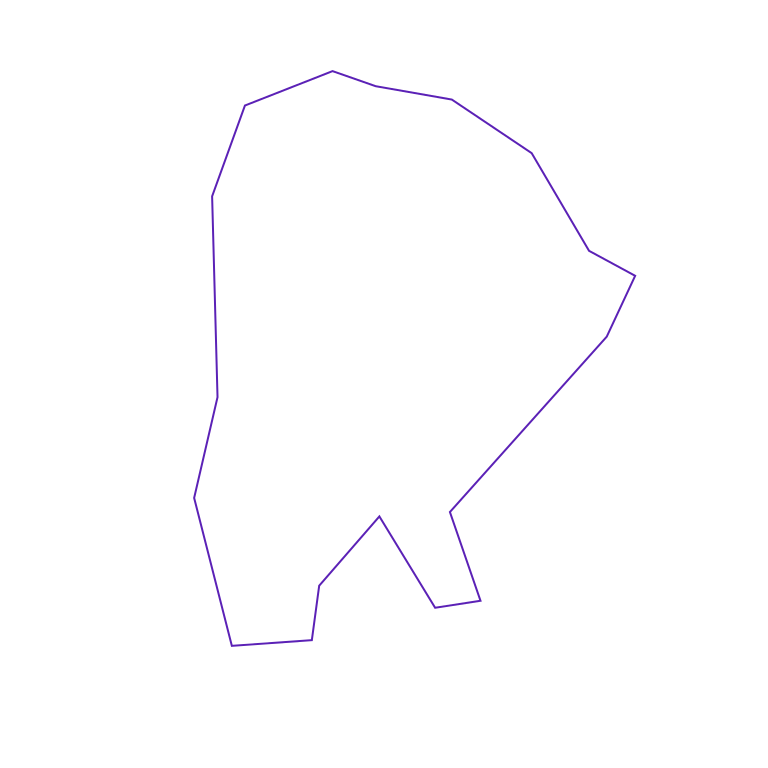 an SVG outline of Damascus, rotated 285°
{"feature_id": "SYR-4843", "entity_name": "Damascus", "entity_type": "Province", "adm_level": 1, "iso_a3": "SYR", "parent_name": "Syria", "parent_adm1": "", "projection": "mercator", "projection_center": [36.275, 33.512], "detail": "fine", "context": "isolated", "style": "outline", "palette": "violet", "viewbox_px": 768, "rotation_deg": 285, "n_neighbors": 0, "source": "natural_earth", "source_scale": "10m", "svg_char_len": 393}
<svg xmlns="http://www.w3.org/2000/svg" viewBox="0 0 768 768"><g transform="rotate(285 384 384)"><path d="M520.8,169.4L617.0,177.6L672.9,253.3L669.5,298.9L676.3,375.9L645.2,466.9L565.7,547.6L553.5,598.6L487.4,586.9L277.4,480.8L199.6,533.3L181.1,491.3L254.9,413.8L172.4,373.6L117.9,380.6L91.7,304.8L224.8,230.1L328.2,226.6L520.8,169.4Z" fill="none" stroke="#5b21b6" stroke-width="2"/></g></svg>